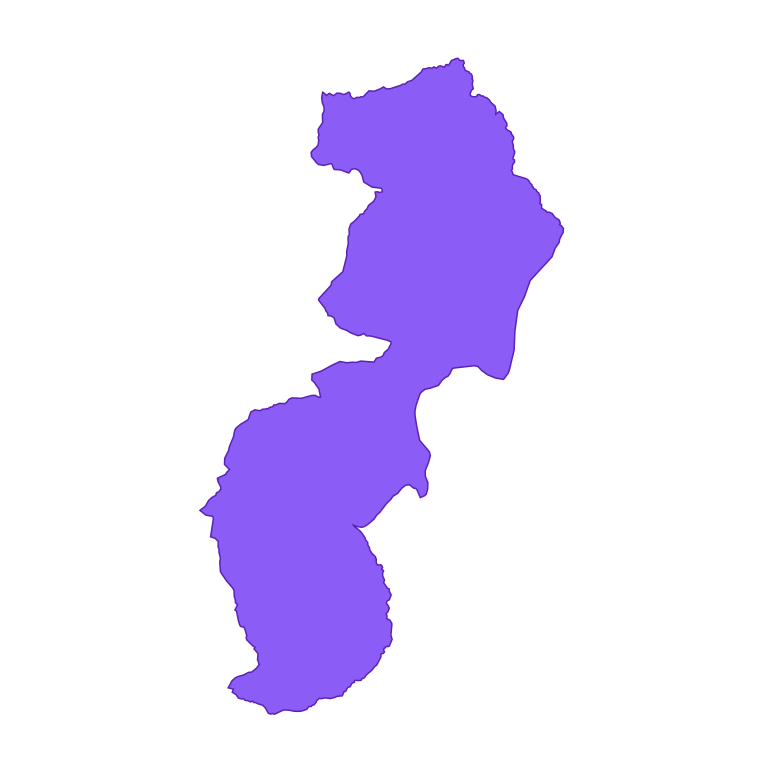 Une, Cundinamarca, Colombia, rotated 171°
{"feature_id": "7082276B23040184298460", "entity_name": "Une", "entity_type": "district", "adm_level": 2, "iso_a3": "COL", "parent_name": "Colombia", "parent_adm1": "Cundinamarca", "projection": "mercator", "projection_center": [-74.093, 4.305], "detail": "fine", "context": "isolated", "style": "filled", "palette": "violet", "viewbox_px": 768, "rotation_deg": 171, "n_neighbors": 0, "source": "geoboundaries", "source_scale": "gbopen_adm2", "svg_char_len": 6109}
<svg xmlns="http://www.w3.org/2000/svg" viewBox="0 0 768 768"><g transform="rotate(171 384 384)"><path d="M453.5,405.0L454.7,399.1L452.6,396.5L449.1,389.2L448.7,381.0L450.8,381.3L453.9,383.6L457.1,384.0L467.8,382.8L477.2,384.7L480.3,383.8L482.6,381.4L485.0,380.1L490.4,381.3L493.9,380.2L496.0,380.6L497.5,379.0L501.1,378.7L502.3,377.5L503.9,378.2L505.5,377.7L507.7,378.1L510.8,377.0L515.5,378.7L519.9,377.2L523.8,370.0L532.1,366.6L537.5,363.3L539.1,360.6L540.9,355.5L546.7,345.9L547.9,342.7L553.0,335.5L554.1,329.6L550.0,323.6L553.2,321.3L554.7,319.5L563.3,317.0L563.4,316.1L562.5,315.2L563.4,314.3L561.3,307.5L561.7,305.7L564.1,303.4L566.5,302.7L567.6,300.3L571.7,298.9L575.5,296.3L579.6,291.2L585.6,288.0L580.5,282.4L574.0,280.1L573.6,277.6L579.2,260.2L575.0,258.1L572.3,254.4L573.4,248.9L572.8,247.0L573.3,243.7L572.8,237.5L574.1,233.9L574.9,224.0L570.3,214.1L565.4,206.2L564.4,203.5L565.1,197.6L564.6,193.9L565.0,191.5L563.2,188.7L566.6,184.1L565.2,182.8L564.8,172.6L564.1,168.0L563.3,166.9L560.7,165.8L559.8,164.2L558.9,156.9L559.8,155.2L559.6,152.8L554.5,145.8L552.5,144.1L553.8,142.7L550.6,137.5L552.1,131.1L551.7,131.0L551.4,127.0L550.9,126.7L554.4,123.3L559.8,120.1L562.8,120.4L568.0,118.6L574.5,117.8L577.3,116.8L580.7,114.5L585.4,108.3L580.5,106.2L582.1,103.2L578.6,100.3L577.0,96.6L573.7,95.1L572.0,95.3L570.7,93.3L568.0,92.5L565.4,90.8L563.5,91.4L562.3,89.7L560.3,89.3L559.0,88.1L554.1,85.7L551.8,82.6L549.8,77.0L547.6,75.7L545.6,76.1L544.5,75.1L543.4,75.1L535.1,77.5L533.4,77.6L529.0,76.8L523.9,74.8L517.9,73.8L515.5,74.0L511.2,74.7L508.9,77.1L506.3,76.9L505.0,78.0L503.3,78.0L500.7,80.4L500.1,81.7L497.0,83.6L495.2,83.0L491.1,83.2L486.3,81.7L481.7,82.1L479.6,82.8L473.9,82.6L471.5,86.5L470.0,86.4L467.2,90.0L464.7,90.4L462.5,93.5L459.9,94.0L459.5,95.6L458.4,95.9L456.1,95.1L453.0,94.9L452.1,96.2L449.5,96.8L446.9,99.5L440.9,103.1L437.0,106.6L435.2,107.5L429.8,114.8L429.2,117.8L426.7,118.1L425.4,119.3L426.0,121.0L425.2,123.1L423.8,123.2L423.1,124.5L420.8,124.0L419.7,124.4L415.9,130.6L416.5,134.9L413.8,145.3L413.8,146.7L415.3,150.0L418.0,151.8L417.3,154.4L417.7,156.9L415.8,158.3L413.8,161.8L414.7,164.9L415.8,166.4L415.7,167.6L414.9,169.3L412.6,170.0L409.9,174.5L411.1,178.1L411.1,181.1L412.4,181.6L415.4,187.7L414.2,190.4L415.3,194.5L414.9,197.8L413.7,199.1L413.8,199.9L415.4,201.4L414.1,203.1L414.5,204.8L415.5,206.0L418.2,206.1L419.2,207.1L419.6,208.9L419.0,212.5L419.6,213.4L419.4,214.6L422.4,218.6L423.9,222.1L424.1,224.9L425.1,227.4L424.9,230.0L426.5,232.9L426.8,235.2L429.7,241.2L433.0,245.4L435.4,247.4L436.2,249.4L433.4,247.6L428.6,246.0L425.9,246.2L422.2,247.7L414.9,252.2L411.9,255.5L408.1,258.0L400.5,265.3L395.2,269.1L392.8,271.7L387.5,273.9L382.7,278.4L378.5,280.6L374.5,280.5L371.3,276.7L368.9,275.8L368.0,274.3L365.9,266.1L361.4,267.3L359.5,268.6L357.3,273.5L356.1,279.8L357.6,286.3L356.9,291.8L352.4,299.4L349.4,306.0L349.8,310.0L357.6,322.8L358.3,337.6L358.3,347.7L357.7,352.3L355.6,358.1L350.4,367.9L348.8,369.9L344.2,372.4L339.2,372.6L330.4,374.2L326.2,378.5L322.5,380.8L319.4,381.8L317.1,384.1L314.2,388.5L311.7,388.8L291.9,387.9L288.5,386.6L285.3,381.9L280.1,376.8L272.8,372.4L265.3,369.9L264.6,370.4L259.9,375.0L258.3,377.5L250.2,397.1L246.4,415.9L240.4,435.8L231.7,448.1L223.4,463.4L198.2,483.3L193.6,491.5L188.9,496.4L187.8,499.6L184.5,504.4L183.5,505.2L182.4,509.5L184.2,512.8L185.6,513.9L184.7,515.3L185.4,518.6L189.2,522.0L191.2,526.1L194.0,527.9L196.1,528.1L196.8,529.5L200.8,532.9L200.3,536.7L201.8,537.9L201.1,539.2L200.3,545.6L201.2,546.8L201.1,548.2L203.1,550.5L203.3,552.0L205.6,553.7L205.8,555.1L206.8,555.9L206.7,557.6L208.6,560.1L209.2,562.4L211.3,564.4L223.5,570.4L224.6,575.2L223.5,576.3L223.2,579.0L222.4,580.8L220.5,582.5L220.2,583.9L220.1,585.0L221.3,586.0L221.4,586.9L218.8,591.8L218.5,593.3L219.4,595.8L218.9,599.8L219.4,602.5L219.0,604.3L217.8,605.4L217.3,607.3L218.5,610.3L219.4,610.9L219.0,612.8L222.8,616.0L223.9,617.8L223.5,618.7L222.3,619.4L221.9,622.3L224.3,628.0L224.3,631.4L227.5,635.1L231.4,633.0L230.5,636.5L230.8,641.0L234.5,645.6L235.6,648.2L237.4,650.4L240.3,651.9L240.9,652.9L243.1,653.4L244.2,654.9L246.4,655.1L247.5,653.6L249.9,653.5L252.4,654.3L253.6,655.7L253.4,657.4L251.8,660.2L249.6,661.7L250.0,666.1L248.7,670.1L249.3,671.7L248.8,672.3L248.7,674.2L249.2,676.3L251.2,678.2L251.3,679.0L254.9,681.1L255.0,683.4L256.0,685.4L255.8,686.9L254.5,688.4L254.9,691.1L258.3,691.6L260.0,694.0L261.6,694.2L266.8,692.9L270.0,689.0L270.9,688.8L271.7,689.7L272.9,689.6L274.8,687.5L278.5,689.4L280.4,689.3L282.7,687.8L285.1,689.4L287.1,688.4L290.2,689.4L292.4,688.9L296.3,689.0L298.5,686.3L308.9,679.6L313.3,678.8L316.3,677.0L318.9,677.2L320.8,676.4L331.6,674.7L335.3,675.0L338.0,677.5L341.2,676.2L347.8,674.7L353.0,675.9L359.8,670.8L362.1,671.3L363.8,670.8L365.8,671.4L368.7,670.5L369.9,670.8L372.0,673.2L372.1,676.4L373.0,677.8L377.3,676.4L379.2,676.4L381.4,677.9L385.1,678.6L388.8,676.7L392.4,679.6L395.8,678.2L398.2,681.3L398.9,681.8L399.1,681.4L400.8,676.3L400.9,671.3L399.9,666.7L400.6,662.8L402.7,659.8L403.7,651.8L409.1,646.0L409.6,642.8L409.2,640.4L410.5,637.9L410.3,635.1L411.6,630.7L413.7,628.4L417.7,626.2L419.7,624.2L420.0,619.9L416.1,613.2L414.4,611.1L409.3,609.3L401.6,610.0L400.9,609.0L400.0,604.3L399.0,603.5L393.4,602.3L386.0,598.0L385.3,598.1L382.9,600.8L381.7,601.2L379.0,601.2L375.9,599.3L374.2,596.6L373.0,593.3L372.4,586.7L365.1,580.4L356.1,577.8L355.6,576.9L355.6,574.2L358.4,573.8L360.3,574.9L362.7,575.0L362.7,570.0L365.5,566.2L371.3,562.8L373.3,559.8L376.3,557.5L377.4,555.4L381.2,555.2L382.3,553.6L387.6,549.5L391.8,547.2L394.3,542.6L395.0,536.8L396.5,535.0L397.4,528.1L400.2,520.6L400.8,516.1L407.1,501.4L419.6,493.2L421.0,489.7L434.8,478.7L435.3,478.2L435.4,476.9L430.5,468.0L430.0,465.4L428.6,462.8L428.6,460.3L425.5,459.4L423.0,457.2L422.1,450.9L418.2,446.0L412.5,442.8L409.3,440.0L402.4,435.9L400.0,435.8L396.1,437.0L393.6,434.2L390.2,433.7L374.1,426.8L370.5,424.5L370.8,422.7L374.5,417.6L378.7,415.1L380.6,412.0L383.4,411.0L387.4,410.7L390.5,407.2L403.4,410.3L408.2,409.6L411.8,410.5L417.5,410.8L423.9,413.1L432.4,410.7L444.1,406.5L453.5,405.0Z" fill="#8b5cf6" stroke="#5b21b6" stroke-width="1.5"/></g></svg>